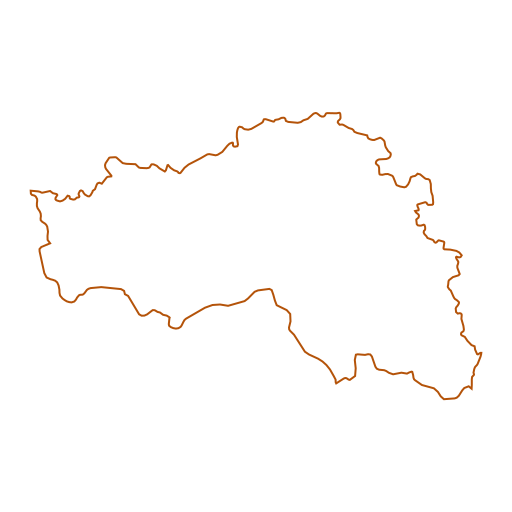 the Region of Belgorod
{"feature_id": "RUS-2370", "entity_name": "Belgorod", "entity_type": "Region", "adm_level": 1, "iso_a3": "RUS", "parent_name": "Russia", "parent_adm1": "", "projection": "orthographic", "projection_center": [37.593, 50.613], "detail": "fine", "context": "isolated", "style": "outline", "palette": "amber", "viewbox_px": 512, "rotation_deg": 0, "n_neighbors": 0, "source": "natural_earth", "source_scale": "10m", "svg_char_len": 6030}
<svg xmlns="http://www.w3.org/2000/svg" viewBox="0 0 512 512"><path d="M71.6,302.4L69.2,302.1L66.9,301.4L64.7,300.1L62.5,298.5L60.1,295.6L59.5,292.9L59.4,289.7L58.6,285.5L57.2,282.4L55.2,280.7L52.8,279.8L50.4,279.2L46.6,277.5L44.3,273.1L39.6,251.4L39.5,249.1L41.3,247.0L50.1,243.3L47.6,239.9L47.5,236.0L48.0,231.6L47.2,226.6L46.2,224.8L45.0,223.6L42.2,221.8L40.7,220.2L40.6,218.3L40.9,216.2L40.7,213.7L39.8,211.5L37.6,208.2L36.9,206.0L36.9,203.2L37.2,201.0L37.1,199.0L35.8,196.6L34.5,195.6L31.9,194.9L30.9,193.7L30.7,190.7L38.2,191.4L40.2,191.9L41.4,192.6L42.5,192.7L50.1,191.0L52.9,193.2L56.4,194.0L57.1,194.5L57.3,195.1L55.6,197.8L55.4,199.1L56.0,200.0L57.2,200.6L60.0,201.4L62.6,200.6L65.2,198.8L67.6,195.7L69.2,196.1L69.6,196.6L69.8,198.4L70.3,198.8L73.2,199.6L74.8,199.4L76.9,197.6L78.6,197.4L79.1,197.1L79.4,196.3L78.7,194.6L78.6,194.0L78.7,193.4L79.9,191.0L81.0,190.4L82.6,191.1L83.8,193.2L84.9,194.5L87.7,196.2L89.1,196.4L90.5,195.3L92.3,192.3L92.8,190.8L95.0,189.2L96.7,184.7L97.5,183.4L99.3,182.7L101.8,183.7L106.8,177.3L107.8,176.8L111.3,176.4L111.4,175.7L106.0,168.9L105.3,167.4L105.0,165.1L105.6,163.2L109.2,157.8L110.1,157.5L115.2,157.2L116.4,157.5L122.7,163.1L126.2,163.8L135.5,164.2L138.9,167.5L140.3,167.9L146.6,168.2L148.5,167.9L149.6,167.4L151.3,164.6L151.8,164.3L153.7,164.4L156.8,165.8L159.4,168.3L164.8,171.5L165.9,170.3L167.5,165.2L168.1,165.0L170.5,167.8L174.1,170.3L177.0,171.3L178.0,172.0L178.5,172.9L179.8,173.2L180.5,172.9L184.5,167.8L188.6,164.5L200.4,158.4L207.3,154.4L209.2,154.1L215.6,155.3L217.6,154.8L222.3,151.9L227.3,145.8L229.5,143.7L231.9,142.7L232.7,142.7L233.0,143.1L232.9,145.1L233.1,145.7L233.9,146.5L235.0,146.7L237.4,146.2L238.0,144.5L236.8,137.0L236.9,132.6L237.3,130.4L238.0,128.2L238.9,127.0L239.7,126.7L242.1,127.3L243.5,128.6L244.7,129.2L248.2,129.7L251.3,128.9L261.6,123.0L262.9,121.8L263.8,119.4L264.6,119.2L265.8,119.2L273.3,121.6L274.0,121.5L275.1,120.0L275.7,119.8L278.6,119.3L281.4,117.9L283.5,117.7L284.4,117.9L285.3,118.8L285.9,120.9L288.2,121.9L297.7,122.8L300.8,122.1L303.4,120.3L307.7,118.9L313.5,113.7L314.5,113.3L315.7,113.0L316.6,113.2L317.6,113.8L320.2,115.9L321.9,116.6L323.6,116.5L324.4,116.0L325.0,115.4L325.9,113.6L327.1,113.1L336.4,113.3L339.3,112.8L339.8,113.0L340.3,114.0L340.5,116.8L340.5,118.1L339.9,119.3L338.2,120.9L337.9,121.4L337.8,122.6L339.6,124.7L342.1,124.5L343.4,124.9L348.7,128.0L352.0,129.0L353.3,130.0L354.4,131.8L357.2,133.0L367.2,135.4L367.5,136.8L368.3,138.4L370.1,139.3L372.2,139.9L374.2,140.0L380.1,137.7L381.6,138.4L383.8,140.4L384.5,141.5L385.2,145.5L385.8,147.3L388.2,151.1L390.5,153.1L390.8,154.2L390.5,155.8L390.2,156.5L389.6,157.4L388.0,158.4L386.2,159.0L379.1,159.4L377.5,160.1L376.2,161.4L375.8,163.0L376.1,163.8L378.6,166.0L379.1,167.9L379.2,171.9L379.4,173.7L379.6,174.3L380.1,174.6L382.3,174.8L385.3,174.1L387.9,174.0L391.9,175.6L392.7,176.2L393.3,177.2L396.1,184.2L396.7,185.2L400.1,186.5L404.3,187.3L406.0,186.8L408.1,184.4L409.6,181.3L410.4,178.4L410.9,177.2L412.7,176.4L414.9,176.0L416.5,174.9L417.5,173.7L420.2,174.4L424.9,178.3L426.0,178.9L428.4,179.2L429.7,180.1L430.8,184.0L430.9,188.4L431.3,192.1L432.6,195.8L433.2,202.4L433.0,204.2L432.1,204.8L428.2,204.9L427.1,203.9L426.5,202.7L425.2,202.2L417.8,204.4L417.4,204.7L417.3,205.5L417.6,206.6L418.5,208.6L418.7,209.7L418.5,210.3L415.1,211.0L415.9,212.4L418.5,214.5L418.9,215.5L418.9,216.3L418.5,217.6L416.3,219.5L416.3,220.1L416.8,224.2L417.8,225.3L419.3,225.6L421.0,225.6L423.8,224.7L424.6,225.2L425.1,226.9L425.2,229.0L424.8,230.1L424.0,230.8L423.8,231.4L423.7,232.7L424.5,234.2L426.4,236.2L427.5,238.0L432.8,239.9L433.4,240.4L434.5,242.2L435.5,242.7L436.4,242.4L438.3,240.5L438.8,240.3L443.6,241.6L444.1,242.0L444.3,242.8L443.5,248.1L443.7,248.8L444.4,249.3L450.2,249.6L456.4,250.9L459.3,252.5L461.7,255.3L460.8,256.8L460.4,257.1L459.1,257.4L456.5,256.7L456.1,257.0L456.0,257.6L456.6,259.0L458.2,261.5L458.3,262.4L458.0,263.9L457.3,265.8L457.3,267.0L457.4,267.9L459.7,274.0L458.6,275.3L452.9,277.1L448.9,280.3L448.5,281.3L448.2,284.5L447.8,286.5L447.9,287.2L449.3,289.3L450.8,290.6L453.4,296.5L454.2,298.0L454.9,298.9L457.0,300.3L458.8,302.0L459.0,302.7L458.8,303.6L457.8,305.4L456.2,307.3L455.7,308.6L456.1,312.1L457.8,313.6L459.4,313.2L460.7,313.4L461.6,314.3L461.7,315.1L461.4,318.9L463.4,325.9L463.9,329.5L463.6,330.8L463.3,331.3L461.4,332.6L461.0,333.9L461.1,334.6L461.6,335.3L464.8,336.9L467.4,340.8L471.5,345.1L474.6,346.3L475.1,349.6L477.1,354.1L477.9,354.4L480.3,352.9L481.3,352.9L481.1,354.4L480.5,356.7L477.6,364.0L476.8,365.2L475.6,366.4L474.9,367.3L474.2,369.2L473.5,372.7L474.0,374.3L473.9,374.9L472.1,376.9L471.8,379.2L471.8,385.0L471.6,388.7L468.7,386.3L464.3,388.0L462.3,390.3L458.8,395.8L456.7,397.7L454.7,398.4L443.9,399.2L440.7,396.3L437.9,391.9L433.9,388.3L421.9,385.0L414.9,380.1L414.1,379.3L413.5,377.8L413.1,374.9L412.1,371.4L412.1,371.0L411.9,371.5L409.1,372.5L407.0,373.6L401.4,372.7L393.1,374.3L388.9,372.8L386.2,371.0L384.2,370.2L379.1,369.7L376.8,368.7L375.4,366.7L371.9,356.5L370.3,354.5L368.1,354.2L365.0,354.9L357.7,354.3L355.9,354.7L354.8,360.0L355.7,368.3L355.1,376.0L349.8,379.9L348.6,379.6L346.5,378.2L345.2,378.0L343.8,378.5L336.2,383.4L335.7,382.3L335.6,379.6L333.7,376.0L330.0,369.5L326.4,365.0L322.5,361.5L318.1,358.7L309.0,354.5L304.9,351.7L294.0,334.7L290.0,330.7L289.2,329.4L289.0,327.5L290.5,321.4L290.2,314.0L286.7,310.1L276.7,305.2L274.9,300.5L273.3,294.7L271.7,290.1L269.4,288.9L258.0,290.4L254.6,291.8L248.0,298.5L244.6,301.1L228.1,305.8L220.0,304.5L212.5,305.0L205.0,307.7L186.0,318.7L184.5,320.0L183.5,321.7L181.6,325.5L180.6,326.9L178.4,328.2L175.9,328.6L173.2,328.1L170.8,327.1L169.1,325.7L168.8,324.1L169.4,318.4L169.7,317.7L169.4,317.3L166.7,315.6L163.1,314.8L160.0,312.5L157.5,311.9L155.1,310.4L154.0,310.1L152.7,310.1L147.1,314.4L144.4,315.6L141.6,315.7L139.1,314.3L128.1,295.9L124.9,294.2L124.1,290.9L121.0,289.1L101.3,287.1L90.6,288.1L88.5,288.8L86.9,289.9L84.6,293.0L83.3,294.3L82.3,294.7L80.1,294.8L79.1,295.2L77.2,297.4L75.9,299.7L74.3,301.5L71.6,302.4Z" fill="none" stroke="#b45309" stroke-width="2"/></svg>